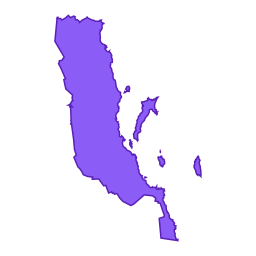 the district of Loreto, Baja California Sur, Mexico
{"feature_id": "50627088B56392169999769", "entity_name": "Loreto", "entity_type": "district", "adm_level": 2, "iso_a3": "MEX", "parent_name": "Mexico", "parent_adm1": "Baja California Sur", "projection": "robinson", "projection_center": [-111.2, 25.885], "detail": "fine", "context": "isolated", "style": "filled", "palette": "violet", "viewbox_px": 256, "rotation_deg": 0, "n_neighbors": 0, "source": "geoboundaries", "source_scale": "gbopen_adm2", "svg_char_len": 5902}
<svg xmlns="http://www.w3.org/2000/svg" viewBox="0 0 256 256"><path d="M87.1,17.1L86.5,18.0L82.4,20.0L79.6,22.4L79.4,21.5L77.3,19.7L75.9,19.9L74.6,17.0L75.0,16.6L73.7,16.1L70.4,17.6L68.4,15.4L65.4,18.0L61.9,20.1L60.6,18.5L58.9,18.5L57.9,18.0L57.9,17.3L57.2,17.4L57.1,18.4L56.8,18.6L57.0,19.1L54.9,41.3L64.1,56.9L63.8,57.9L62.8,58.6L62.5,59.8L61.6,60.4L59.4,60.7L59.1,62.5L59.3,62.7L58.5,63.6L60.9,68.1L65.5,78.8L63.8,79.6L65.8,88.9L72.4,94.9L72.4,97.1L72.1,97.4L72.4,99.9L72.8,100.3L72.7,101.0L71.8,101.3L70.2,104.1L68.6,105.0L70.7,105.0L72.3,106.8L69.8,106.6L70.7,108.6L71.1,119.2L70.8,120.4L71.4,122.0L70.7,123.9L71.5,123.9L73.6,139.4L74.5,149.6L76.3,155.0L73.9,157.2L77.9,166.9L79.7,168.6L81.8,171.5L83.3,174.7L87.4,176.4L92.5,177.1L92.2,177.4L92.3,179.3L98.7,178.9L103.7,185.8L105.8,185.4L108.6,193.0L111.7,191.9L112.3,193.2L113.4,192.7L114.5,194.2L117.0,193.5L119.7,198.0L122.9,201.4L130.8,205.5L133.6,204.2L144.2,194.9L152.6,195.8L155.7,198.1L155.1,201.1L158.3,201.6L158.0,202.9L160.2,203.2L163.7,213.7L164.3,214.8L164.0,216.8L159.2,218.4L161.0,238.1L177.8,240.6L177.5,239.8L177.7,239.5L177.0,239.5L175.9,238.5L174.9,235.1L175.2,233.8L174.2,231.6L174.4,229.3L174.9,228.9L175.4,229.2L175.9,228.3L175.2,226.9L176.0,226.0L174.0,225.1L174.0,224.1L174.5,223.7L174.1,222.4L172.6,220.9L172.8,219.8L171.4,219.6L169.4,217.8L169.2,215.2L168.6,213.7L168.2,213.4L168.3,212.9L167.3,212.3L167.4,211.6L166.4,210.1L166.0,205.4L164.7,204.7L164.0,202.2L163.0,200.9L162.8,198.5L163.8,197.8L163.7,195.6L164.6,195.2L163.3,192.0L163.9,190.7L164.5,190.8L164.2,189.1L162.8,189.1L162.0,188.6L161.7,188.9L161.1,188.0L160.8,189.0L159.5,188.9L159.0,188.1L158.0,188.3L158.0,189.4L156.9,189.3L156.2,188.8L155.9,187.8L156.6,187.2L156.6,186.4L156.0,187.4L153.2,187.4L152.4,186.8L152.0,187.5L150.9,187.6L149.3,186.9L148.6,185.4L147.4,184.7L146.3,183.3L145.8,181.6L145.9,180.7L143.2,179.5L142.4,177.9L142.5,177.4L141.9,176.9L141.8,176.2L142.1,175.8L140.8,175.5L140.6,174.6L139.6,173.8L139.1,172.8L138.8,169.9L138.5,169.9L138.0,168.8L138.2,166.0L137.6,165.3L137.2,164.1L137.5,163.0L136.7,162.6L136.7,161.4L135.9,160.1L135.9,159.4L136.5,158.1L136.3,157.1L135.8,157.5L135.4,155.5L134.8,154.4L133.4,154.2L133.6,154.8L133.3,155.2L132.1,155.0L130.9,152.3L129.4,151.1L127.1,150.3L125.4,147.9L123.1,146.4L122.4,143.4L122.8,139.9L124.1,139.8L123.7,140.6L124.1,140.8L125.1,139.8L124.0,139.0L123.1,137.2L121.7,135.9L121.4,136.8L120.5,136.9L119.3,136.0L119.6,134.6L119.2,131.5L118.0,129.1L118.9,127.7L119.0,126.7L118.5,125.8L118.8,124.2L117.6,122.1L117.8,121.8L117.2,121.9L116.2,120.7L116.1,119.9L116.5,119.1L116.1,118.9L116.6,118.8L115.7,115.6L116.2,113.9L118.6,111.0L118.6,109.1L119.0,108.3L118.5,107.7L118.3,106.5L118.6,106.5L117.8,105.5L117.6,104.2L118.2,102.8L119.7,101.4L120.0,99.1L121.3,97.5L121.4,96.3L120.5,95.2L120.4,94.4L120.6,92.4L119.1,91.7L117.8,90.5L116.9,88.1L116.3,87.5L115.4,81.2L114.9,80.0L113.9,79.6L113.0,78.0L113.0,73.3L112.2,72.3L111.5,68.7L110.2,66.7L110.2,65.6L110.7,65.0L110.4,64.5L110.6,63.2L111.0,62.6L112.3,62.4L112.3,59.4L111.4,56.9L111.8,55.7L110.4,52.6L109.2,52.2L109.4,51.1L108.9,51.6L106.9,51.4L106.1,50.6L105.5,49.1L105.1,49.1L105.0,47.9L105.5,47.5L106.4,47.8L106.8,47.3L106.0,46.6L106.4,46.0L105.8,45.5L105.7,46.1L105.3,46.2L104.2,44.5L103.1,44.3L102.2,43.6L101.0,42.5L100.1,40.6L100.1,38.9L100.4,38.2L100.0,33.8L99.6,33.5L99.9,32.2L100.4,31.6L100.3,30.6L100.7,30.5L100.5,29.9L101.4,29.7L102.1,28.4L101.9,25.3L102.3,24.8L102.4,23.8L103.7,23.8L103.9,23.4L102.0,22.6L101.1,21.6L100.9,20.9L101.3,20.1L99.7,20.4L99.5,21.2L95.5,21.3L93.6,20.2L92.4,20.2L90.1,19.1L87.7,17.9L87.1,17.1ZM158.0,97.2L157.2,97.3L156.8,98.2L156.2,97.8L155.8,98.7L154.3,99.7L154.2,99.1L153.3,99.4L152.6,100.2L152.1,100.0L152.0,100.4L151.6,100.4L151.5,99.6L149.4,99.3L148.3,97.8L147.5,98.9L147.8,100.0L146.9,100.7L143.6,101.8L141.6,102.0L141.7,103.1L142.8,105.0L142.6,105.5L143.2,105.3L143.5,105.8L143.2,106.4L142.6,106.3L142.4,107.8L142.0,108.2L142.7,110.1L142.7,111.0L142.1,112.4L140.3,113.6L139.9,115.1L138.5,116.4L138.3,118.4L136.9,120.5L137.2,123.1L136.3,124.3L136.5,126.1L136.0,126.4L135.4,128.0L136.1,130.5L135.7,131.2L134.8,131.2L134.3,132.9L133.5,134.0L134.1,138.3L136.6,139.4L137.5,140.9L138.0,140.2L137.6,138.0L137.6,134.1L138.9,132.3L139.8,132.4L140.7,130.9L140.2,128.4L140.7,127.3L140.5,126.9L141.2,126.1L140.8,125.6L141.0,124.7L142.1,122.8L144.5,120.3L144.6,119.4L146.3,116.6L147.7,115.3L149.1,112.5L149.4,110.0L150.7,109.3L152.0,109.3L153.2,111.4L154.2,111.7L155.3,113.5L156.2,113.4L156.8,114.6L157.3,113.9L156.9,112.6L157.3,112.0L156.7,112.2L156.2,111.7L156.4,109.7L156.6,109.4L156.0,109.8L155.1,109.3L154.5,106.1L154.9,103.5L156.8,98.8L158.0,97.2ZM199.1,159.4L198.4,156.3L197.5,156.6L196.9,158.4L196.3,159.3L195.7,159.4L195.9,159.8L194.9,161.2L195.3,161.6L194.7,161.9L194.8,164.1L194.4,165.2L194.0,165.4L194.4,166.7L194.1,167.4L195.9,170.8L195.7,171.4L196.7,174.2L197.6,175.0L197.6,174.5L198.3,174.4L200.6,176.2L200.4,175.6L201.1,175.0L200.8,172.9L200.8,170.3L200.2,167.7L200.3,166.4L199.8,165.6L199.1,162.3L200.0,160.2L199.1,159.4ZM161.6,156.2L160.6,156.4L160.3,157.3L158.2,157.0L158.1,157.3L158.4,159.2L160.1,162.6L159.7,163.2L159.9,164.4L160.4,165.3L160.9,165.2L161.2,166.0L162.0,166.3L162.3,166.8L162.8,166.6L163.0,165.4L164.6,163.6L164.6,162.0L164.1,159.6L162.9,159.2L162.8,158.3L162.0,158.1L161.6,156.2ZM128.9,86.3L127.0,86.6L125.7,89.1L126.9,90.1L126.9,90.6L125.4,92.1L124.9,92.3L124.7,91.9L124.4,92.7L125.4,92.3L126.9,91.3L129.2,91.4L129.0,89.7L129.5,89.4L129.4,88.6L129.7,88.1L128.9,86.3ZM129.6,140.1L129.5,140.4L129.5,140.6L129.6,140.2L130.1,140.5L130.3,141.6L130.2,142.9L129.8,142.9L129.8,144.8L131.8,147.8L132.1,146.8L131.3,145.7L132.0,143.8L131.4,143.5L131.4,143.8L131.1,143.0L131.5,142.2L131.0,142.3L130.4,140.0L129.6,140.1ZM146.1,177.4L145.0,177.0L144.8,177.9L145.5,177.8L146.1,177.4ZM160.4,152.2L160.5,151.9L160.3,151.4L160.2,152.0L160.4,152.2Z" fill="#8b5cf6" stroke="#5b21b6" stroke-width="1.5"/></svg>